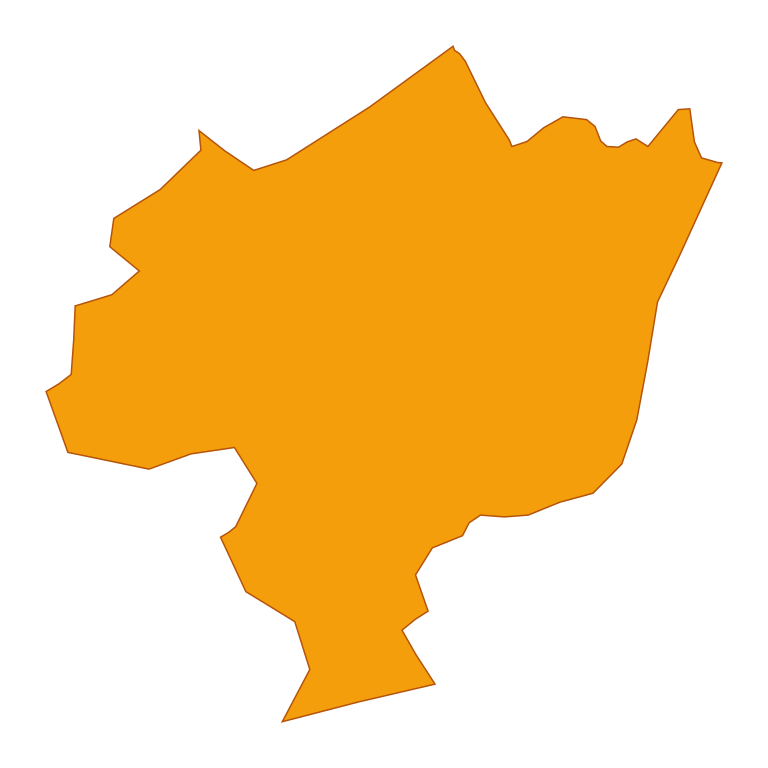 an SVG outline of Ağcabədi
{"feature_id": "AZE-1722", "entity_name": "Ağcabədi", "entity_type": "District", "adm_level": 1, "iso_a3": "AZE", "parent_name": "Azerbaijan", "parent_adm1": "", "projection": "natural_earth1", "projection_center": [47.421, 39.981], "detail": "fine", "context": "isolated", "style": "filled", "palette": "amber", "viewbox_px": 768, "rotation_deg": 0, "n_neighbors": 0, "source": "natural_earth", "source_scale": "10m", "svg_char_len": 1070}
<svg xmlns="http://www.w3.org/2000/svg" viewBox="0 0 768 768"><path d="M102.5,297.6L105.7,296.6L111.9,294.7L139.3,271.0L109.8,246.7L113.8,218.4L160.2,189.5L200.9,150.2L199.0,130.6L224.7,150.8L253.7,170.4L286.5,159.9L369.6,107.0L453.0,46.3L454.5,50.3L459.7,53.8L465.3,61.3L485.5,102.7L509.3,140.0L511.9,146.5L527.0,141.5L543.6,127.8L562.9,116.8L586.6,119.6L595.0,126.5L600.7,141.0L606.9,146.5L618.5,147.2L627.2,141.9L636.0,138.9L647.9,146.5L678.3,109.6L689.8,108.8L694.4,141.9L701.5,157.9L717.6,162.5L721.9,162.9L679.8,255.0L657.5,302.0L647.7,361.8L636.8,419.9L621.8,464.0L593.0,493.2L559.8,502.2L528.1,515.1L504.4,516.9L480.5,515.1L469.1,522.8L462.5,535.7L432.4,547.8L415.5,574.9L422.5,595.1L428.1,611.1L415.0,619.5L402.0,630.2L415.9,654.6L435.0,684.1L358.2,702.0L282.3,721.7L309.8,669.5L294.8,621.7L282.2,613.9L245.9,591.7L229.2,555.8L220.5,537.2L228.3,532.6L235.7,526.7L256.9,483.4L234.4,447.5L190.9,453.9L149.0,469.1L148.4,469.0L67.9,452.4L46.1,391.5L58.8,383.9L71.2,374.4L73.7,339.9L75.2,305.9L102.5,297.6Z" fill="#f59e0b" stroke="#b45309" stroke-width="1.5"/></svg>